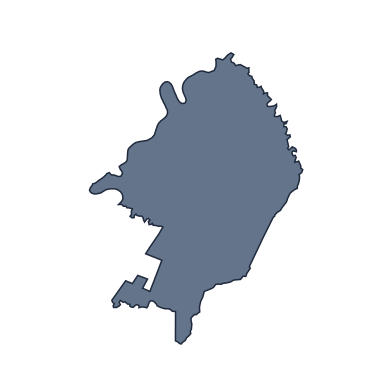 Chopinzinho, Paraná, Brazil (Mercator projection), rotated 295°
{"feature_id": "56859067B45195642460777", "entity_name": "Chopinzinho", "entity_type": "district", "adm_level": 2, "iso_a3": "BRA", "parent_name": "Brazil", "parent_adm1": "Paraná", "projection": "mercator", "projection_center": [-52.452, -25.795], "detail": "fine", "context": "isolated", "style": "filled", "palette": "slate", "viewbox_px": 384, "rotation_deg": 295, "n_neighbors": 0, "source": "geoboundaries", "source_scale": "gbopen_adm2", "svg_char_len": 4403}
<svg xmlns="http://www.w3.org/2000/svg" viewBox="0 0 384 384"><g transform="rotate(295 192 192)"><path d="M233.0,133.1L227.9,133.8L224.1,132.7L220.7,130.3L219.5,129.1L217.5,126.2L215.6,123.2L212.9,120.0L210.8,118.7L208.6,117.7L205.1,116.3L203.3,116.2L201.5,116.7L198.7,117.7L195.1,119.2L192.8,119.8L190.9,119.3L189.0,118.1L186.0,116.0L184.2,115.3L182.2,117.5L181.0,119.8L179.3,121.2L176.1,120.8L174.9,118.7L174.5,114.3L173.4,111.7L174.6,108.8L172.8,107.1L170.8,106.6L168.0,105.5L165.6,104.2L164.0,103.1L159.1,100.6L157.5,98.6L155.8,98.7L153.0,98.1L150.3,98.3L149.2,99.7L148.6,101.6L148.9,104.3L150.3,106.8L152.6,109.7L157.5,112.9L159.0,114.6L160.3,116.6L162.3,120.9L162.6,122.6L162.5,125.0L162.0,127.1L161.2,128.8L159.5,130.6L156.9,132.2L154.5,132.3L152.2,131.7L149.6,130.7L151.0,133.5L150.1,135.9L151.2,138.2L150.2,139.7L151.0,141.7L151.6,144.9L148.8,145.2L146.3,146.6L143.8,146.1L143.2,148.5L144.3,150.4L146.0,149.7L148.3,150.5L147.5,152.1L148.0,154.8L148.9,156.6L148.1,158.4L146.1,160.0L144.7,161.7L148.2,162.5L149.6,163.5L148.7,165.8L146.8,164.9L144.3,166.9L145.3,168.6L146.8,169.2L145.4,170.8L146.3,173.0L146.8,176.3L147.9,177.7L148.0,180.4L139.9,179.7L137.4,179.3L123.5,177.0L116.4,176.1L117.4,193.5L108.1,194.2L92.6,195.3L90.5,195.4L84.1,195.9L83.9,187.9L94.3,188.5L93.5,178.1L83.8,176.7L83.5,169.4L60.0,165.1L58.6,166.4L57.8,168.8L55.6,168.6L54.2,169.7L55.5,172.4L57.6,174.0L59.6,174.7L61.2,172.7L63.5,172.9L62.9,176.1L64.2,177.7L63.2,180.9L64.0,183.1L62.2,184.0L62.1,185.8L62.8,187.6L64.6,188.2L66.5,189.4L66.8,191.8L64.7,192.9L66.0,194.1L66.8,195.6L67.5,197.5L67.9,200.0L69.8,200.3L71.9,200.0L74.0,199.8L76.0,200.6L76.8,203.2L76.2,205.0L75.5,206.9L74.2,208.4L74.0,210.2L74.2,213.5L74.8,217.0L76.0,219.4L76.5,221.6L75.6,224.6L76.7,227.6L50.1,239.9L50.1,242.5L49.4,244.7L49.7,246.5L51.8,247.0L54.5,248.6L57.8,248.7L59.9,249.8L63.2,250.7L65.3,249.2L67.2,249.5L69.9,248.5L72.2,247.7L74.8,245.7L77.5,244.3L82.0,246.0L82.6,247.7L84.9,248.7L86.5,249.7L90.9,247.4L94.2,246.6L97.1,246.0L99.7,246.2L102.5,246.0L105.1,245.5L107.1,245.1L109.1,247.1L112.7,250.5L114.7,251.8L118.2,252.5L119.4,254.3L120.9,257.7L122.5,258.9L124.0,261.5L126.8,265.0L129.8,267.0L133.3,273.0L137.2,273.8L138.2,276.4L141.6,276.1L143.9,276.5L147.6,277.0L148.4,275.5L174.0,275.7L180.1,275.7L203.4,276.3L204.9,277.1L206.4,276.8L209.6,277.9L212.7,279.9L215.8,280.2L220.5,281.2L222.1,281.7L224.3,281.7L226.5,281.3L228.2,281.4L230.2,281.3L232.7,281.5L237.1,283.7L239.9,285.9L241.7,285.0L244.0,285.0L247.5,284.4L249.7,283.7L251.7,282.8L253.0,281.6L254.6,282.6L256.4,283.2L259.1,282.9L259.6,280.4L261.6,279.6L263.5,277.4L265.1,275.6L263.9,274.4L262.4,272.5L265.1,272.0L267.4,271.8L268.8,270.1L267.6,268.7L268.7,266.8L270.4,265.7L272.0,266.4L272.6,269.6L274.4,268.7L275.2,267.0L275.3,263.7L272.8,262.8L271.2,262.1L271.9,260.2L274.0,260.4L275.4,259.3L277.4,257.8L279.6,256.0L283.6,257.8L285.2,256.5L283.8,254.8L284.3,252.0L286.2,252.3L289.5,251.6L290.9,249.6L290.1,247.7L292.2,246.5L293.8,248.4L296.2,248.3L293.8,246.0L294.2,243.3L296.9,241.1L298.7,239.5L296.2,237.4L295.6,234.7L297.1,233.9L298.8,234.3L300.7,232.5L302.8,232.6L305.2,232.6L307.3,231.5L305.0,230.2L303.7,228.6L302.4,226.4L301.5,224.2L303.2,222.8L305.3,223.1L307.3,224.2L309.4,224.8L310.1,222.8L311.2,219.7L313.8,218.5L312.8,216.8L311.2,215.3L313.1,214.8L314.4,213.2L315.7,211.0L317.0,210.0L315.6,209.0L314.3,206.9L316.4,205.4L316.0,202.9L319.0,201.3L320.4,198.6L322.0,197.5L321.8,194.3L322.8,192.7L324.6,193.2L325.9,192.2L328.6,191.1L327.3,189.4L327.6,187.0L327.7,184.9L327.9,181.9L326.7,180.2L325.0,178.1L326.6,175.6L326.4,173.0L328.7,170.7L330.5,171.4L332.5,171.6L334.3,171.8L334.6,168.6L331.1,166.4L326.7,165.1L324.7,163.9L324.4,161.3L323.9,158.5L322.3,157.4L319.8,159.0L315.8,160.7L311.4,160.7L309.9,159.1L307.5,157.0L306.7,154.4L306.6,152.4L305.9,150.0L304.9,148.3L303.5,146.9L301.6,145.4L298.2,143.3L294.3,140.2L292.3,139.4L290.2,138.8L288.6,138.4L285.9,138.4L283.6,138.9L281.8,139.6L280.3,140.5L278.5,142.0L274.6,146.4L273.1,147.7L271.2,148.2L269.6,148.0L267.9,145.5L268.4,142.4L270.6,139.1L273.1,136.4L276.0,133.0L277.5,131.6L279.6,129.4L281.1,127.2L281.7,125.0L281.6,123.1L280.3,121.1L277.8,119.8L275.3,119.3L272.9,119.2L271.0,119.7L267.5,121.7L264.0,124.8L263.0,126.3L261.1,128.3L260.0,130.0L256.9,133.5L255.9,135.0L252.9,136.6L250.2,136.7L247.3,135.8L243.3,133.7L240.2,132.7L237.5,132.6L233.0,133.1Z" fill="#64748b" stroke="#1e293b" stroke-width="1.5"/></g></svg>